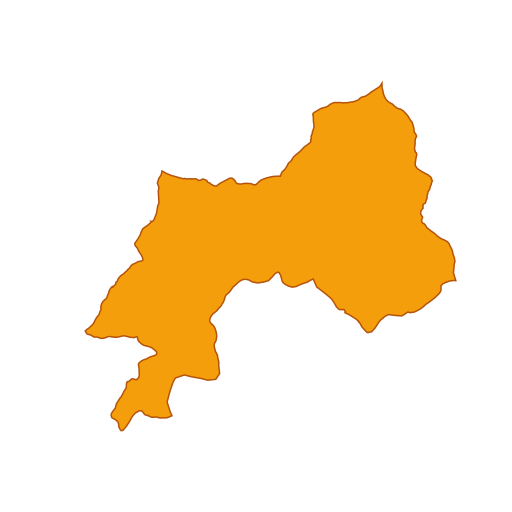 Makambako Township Authority, Njombe, United Republic of Tanzania, rotated 337°
{"feature_id": "72390352B34261430797900", "entity_name": "Makambako Township Authority", "entity_type": "district", "adm_level": 2, "iso_a3": "TZA", "parent_name": "United Republic of Tanzania", "parent_adm1": "Njombe", "projection": "mercator", "projection_center": [34.908, -8.902], "detail": "fine", "context": "isolated", "style": "filled", "palette": "amber", "viewbox_px": 512, "rotation_deg": 337, "n_neighbors": 0, "source": "geoboundaries", "source_scale": "gbopen_adm2", "svg_char_len": 6073}
<svg xmlns="http://www.w3.org/2000/svg" viewBox="0 0 512 512"><g transform="rotate(337 256 256)"><path d="M202.7,141.0L200.5,144.2L197.0,146.5L193.7,150.3L193.4,155.0L191.4,158.1L187.4,169.2L184.9,171.7L182.7,175.4L180.8,178.1L176.1,182.9L174.3,183.7L173.0,183.1L173.1,183.3L172.1,184.1L168.4,185.4L165.7,185.9L162.4,186.7L159.6,189.1L158.0,191.0L154.6,193.7L149.4,197.0L149.0,198.2L148.9,199.6L149.5,201.2L149.9,202.6L149.9,205.8L150.8,210.3L150.9,211.8L150.7,214.8L150.2,215.6L149.9,215.8L148.4,215.9L146.2,215.2L144.9,215.2L140.8,215.6L139.1,215.4L138.5,215.8L137.4,215.9L135.8,217.0L135.0,217.8L133.5,218.0L131.1,219.2L128.3,220.1L126.8,220.8L125.3,220.9L123.3,221.5L120.4,223.0L118.2,225.2L116.7,225.5L116.1,226.9L112.0,228.8L111.1,228.4L111.2,228.2L109.4,229.0L107.4,230.5L105.7,232.7L104.0,234.2L102.6,235.9L101.1,236.9L99.5,237.2L97.4,238.1L95.5,239.4L94.6,240.3L93.1,242.6L92.9,243.4L92.2,245.1L90.4,246.4L89.2,248.0L87.3,249.5L86.7,249.5L85.5,250.3L85.3,250.3L83.2,251.9L81.2,253.7L78.8,255.3L74.5,256.9L71.3,257.6L69.5,258.3L69.7,260.2L70.1,261.8L71.1,262.7L72.3,263.6L73.6,264.9L74.2,265.9L75.3,267.4L77.7,268.3L78.8,269.2L80.3,270.6L82.3,271.8L85.1,272.4L87.6,272.3L89.8,272.9L93.7,275.3L95.9,276.4L101.4,277.4L103.6,278.0L108.4,281.6L111.8,283.5L113.6,283.5L115.0,283.9L114.6,287.5L114.8,289.2L116.8,293.1L118.0,294.5L122.3,297.8L124.0,299.5L125.5,302.1L126.8,304.7L127.0,305.5L126.7,306.6L125.9,307.7L124.5,308.0L118.3,307.5L114.8,308.0L112.9,307.7L111.8,307.7L109.8,307.8L106.6,308.7L105.6,309.5L105.1,310.8L104.7,312.9L103.5,316.3L101.8,320.5L100.6,321.9L99.5,322.5L98.4,323.0L97.4,323.1L94.5,320.8L93.5,320.6L90.0,321.7L88.9,321.6L88.5,321.3L87.6,322.1L86.8,323.1L86.1,324.6L84.7,327.0L83.3,327.8L80.9,329.5L79.5,330.9L76.4,333.2L75.0,333.8L69.8,337.5L66.9,341.2L65.5,341.8L61.6,344.3L60.9,345.2L60.4,346.1L60.1,348.3L60.6,349.2L62.7,351.8L63.4,353.2L64.1,355.1L63.9,356.7L63.0,359.9L63.1,362.1L63.6,364.1L65.3,364.5L68.3,363.1L70.9,361.6L75.2,358.7L79.3,355.5L81.9,354.1L84.0,353.3L88.2,352.9L90.1,353.8L90.5,354.4L91.1,356.2L91.4,358.1L92.1,359.1L92.9,359.7L94.0,360.7L94.7,360.7L95.1,361.9L97.1,363.7L98.7,364.4L100.7,365.0L101.8,365.6L102.8,366.5L103.1,366.5L104.3,367.5L110.1,369.9L111.8,370.2L116.2,370.2L116.2,365.2L117.1,355.7L124.1,346.7L130.2,339.9L134.1,336.8L143.5,337.5L149.5,342.0L157.5,347.2L163.1,351.5L170.8,353.8L176.6,350.0L178.9,342.2L180.4,338.9L181.1,334.5L181.8,331.9L181.4,327.9L182.1,323.7L182.6,321.7L184.0,319.9L186.0,318.5L188.6,314.4L189.5,311.0L189.9,308.3L190.0,305.8L189.7,303.8L188.7,301.2L188.2,300.3L187.9,299.1L188.0,297.7L189.1,295.7L190.9,294.1L193.5,292.5L198.8,291.0L201.3,289.6L203.5,288.7L205.1,287.8L206.2,286.7L207.4,286.2L208.5,285.1L209.8,283.9L211.3,281.8L213.3,280.2L215.8,279.4L218.6,278.2L222.2,275.9L230.0,273.1L232.7,272.6L235.2,272.6L237.9,273.7L239.9,275.1L242.3,278.2L244.7,280.0L247.4,281.6L252.6,282.9L257.9,283.6L262.5,281.7L266.8,279.6L269.7,279.4L270.8,280.3L271.1,283.6L270.3,289.4L270.5,291.0L271.6,293.2L274.1,296.4L277.1,298.8L281.0,299.8L286.0,299.6L293.5,300.1L296.2,299.6L299.7,299.6L299.8,308.2L305.4,318.2L307.4,322.1L308.7,325.0L309.7,329.6L310.2,334.3L311.7,337.8L313.7,338.8L316.0,339.6L316.5,342.1L315.7,342.9L316.8,344.3L317.8,345.1L319.5,347.4L322.9,352.3L325.1,356.3L324.6,356.6L325.4,358.4L325.8,362.8L327.2,366.8L328.4,369.8L329.2,370.4L330.0,370.2L332.7,371.0L337.5,368.8L343.0,365.0L346.0,363.5L348.7,362.8L351.2,361.9L355.0,361.7L360.9,365.1L366.5,368.0L367.9,368.0L374.1,366.9L375.2,368.2L379.5,369.4L381.7,369.4L386.0,369.0L389.4,368.3L394.1,366.7L397.1,366.2L404.6,364.2L410.5,361.9L412.8,360.0L414.7,355.7L417.2,354.5L420.6,354.5L424.6,354.7L429.1,356.0L429.9,356.7L430.3,356.8L431.2,348.4L433.9,343.7L434.9,341.6L437.0,338.7L437.9,335.1L438.1,331.2L438.8,327.8L438.8,325.1L438.5,322.4L438.5,319.7L437.8,317.7L436.0,315.3L433.2,312.4L430.8,308.7L428.9,304.5L426.5,300.7L424.3,296.5L423.9,293.4L423.4,292.0L422.4,291.0L421.9,289.2L422.8,287.2L424.6,285.4L424.3,283.8L424.1,282.1L424.3,280.8L425.9,278.5L427.3,277.9L428.5,277.2L429.6,274.4L430.8,273.6L432.3,273.5L433.6,272.3L434.5,271.0L435.8,270.0L436.4,268.9L436.7,267.8L438.7,265.4L439.2,264.3L441.5,262.8L444.1,259.6L445.1,258.8L446.1,257.3L447.8,255.7L447.4,254.1L447.8,253.4L448.0,252.6L447.6,251.5L446.1,248.6L441.8,243.3L439.3,239.6L438.7,238.5L438.0,235.3L438.5,233.4L441.5,228.4L443.6,225.5L443.9,223.8L443.4,222.9L443.7,219.6L444.9,217.2L446.4,214.8L447.2,212.6L448.1,211.0L448.8,210.1L450.4,208.8L450.7,207.8L450.6,205.8L450.1,203.9L451.3,199.8L451.9,195.2L451.9,193.4L451.3,191.5L450.8,188.6L450.7,186.9L450.3,186.0L449.9,184.1L448.2,179.9L446.6,177.5L444.0,175.4L442.2,172.6L440.9,169.4L438.8,166.9L437.7,164.9L436.9,162.8L436.6,160.3L436.6,157.7L436.8,156.0L437.6,152.2L437.8,150.4L439.5,146.1L436.9,148.0L434.4,148.8L431.9,149.1L428.8,149.7L426.6,149.9L424.2,150.7L419.0,151.7L416.9,151.2L415.2,151.1L413.8,151.2L411.7,152.2L409.7,152.3L407.7,152.2L405.7,152.0L402.6,151.1L401.0,150.9L395.8,149.0L392.9,147.3L391.6,146.9L388.5,145.5L387.4,145.3L385.8,145.2L383.5,145.4L380.2,146.2L379.1,146.3L374.7,145.7L372.8,145.6L367.5,146.4L365.9,146.5L365.2,146.7L364.2,147.1L363.5,148.3L363.2,150.1L361.5,154.4L360.1,159.5L357.6,162.7L356.7,163.4L355.1,165.9L353.5,167.2L353.1,168.3L353.0,169.3L352.6,169.7L351.8,170.2L351.2,172.0L350.4,172.6L348.9,173.1L343.0,174.5L337.8,176.8L331.2,178.8L329.2,179.5L325.5,182.1L322.0,183.3L319.6,185.4L317.0,187.2L312.5,189.0L309.5,192.1L308.2,191.4L303.6,189.7L300.7,189.0L296.4,188.3L290.6,188.0L287.9,188.7L285.3,189.8L283.4,190.3L281.9,189.6L279.5,187.3L274.5,184.9L270.4,183.9L269.0,183.3L267.8,182.5L266.6,181.5L266.3,180.8L266.1,178.5L265.4,176.7L264.6,175.2L263.5,174.5L262.1,174.1L250.8,175.1L246.7,176.2L244.5,174.7L243.6,173.4L243.0,172.9L242.5,172.1L242.2,170.9L241.7,170.6L240.3,169.1L240.2,167.2L237.4,164.5L236.3,164.3L235.2,164.5L233.1,164.2L232.1,163.2L231.5,162.1L230.3,161.2L228.6,160.6L225.6,159.2L222.5,158.1L221.7,157.6L220.9,156.8L219.6,156.5L218.4,155.9L209.7,148.9L205.7,144.9L202.7,141.0Z" fill="#f59e0b" stroke="#b45309" stroke-width="1.5"/></g></svg>